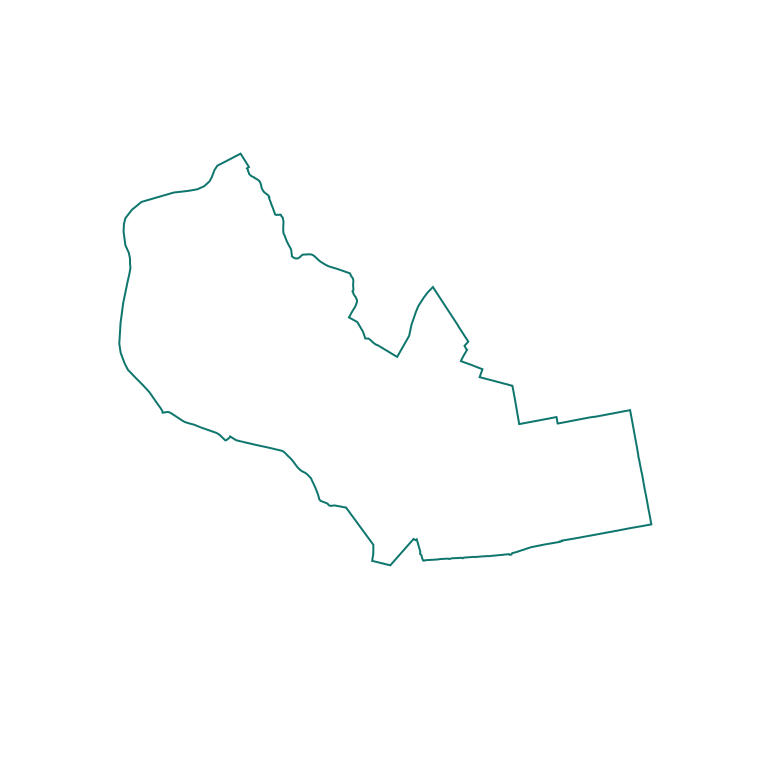 outline of Bordusani, Ialomita, Romania, rotated 199°
{"feature_id": "2599482B85450096511217", "entity_name": "Bordusani", "entity_type": "district", "adm_level": 2, "iso_a3": "ROU", "parent_name": "Romania", "parent_adm1": "Ialomita", "projection": "albers", "projection_center": [27.95, 44.468], "detail": "fine", "context": "isolated", "style": "outline", "palette": "teal", "viewbox_px": 768, "rotation_deg": 199, "n_neighbors": 0, "source": "geoboundaries", "source_scale": "gbopen_adm2", "svg_char_len": 6112}
<svg xmlns="http://www.w3.org/2000/svg" viewBox="0 0 768 768"><g transform="rotate(199 384 384)"><path d="M594.6,555.1L612.6,536.2L613.9,531.4L614.2,523.1L615.0,518.7L618.4,512.5L623.8,507.4L631.7,503.0L639.2,499.4L645.1,496.6L672.6,477.2L679.1,466.6L682.5,456.6L682.0,450.7L679.9,443.4L673.7,431.0L668.0,425.0L664.9,419.7L663.4,415.3L661.6,411.5L660.6,405.3L659.8,397.8L657.0,375.9L655.5,368.5L653.0,356.1L647.4,335.9L643.1,327.7L636.0,319.1L630.8,314.1L619.5,308.3L611.5,304.4L603.0,299.8L591.6,291.4L587.3,288.4L584.7,286.2L584.0,284.8L579.1,287.3L576.4,287.2L566.8,284.8L562.3,283.6L559.5,283.2L555.9,283.3L550.3,283.7L543.1,283.3L526.3,283.2L522.9,282.4L515.6,279.0L514.8,279.6L513.2,282.0L512.7,282.9L512.5,283.5L512.4,284.3L506.0,282.8L503.7,282.8L484.5,284.8L472.9,286.2L458.8,287.6L458.2,287.6L457.5,287.5L456.6,287.2L454.7,286.4L452.4,285.2L449.8,284.0L446.4,282.3L445.7,281.8L444.8,281.3L440.8,278.5L439.0,277.3L437.1,276.3L436.0,275.8L433.8,275.0L433.5,274.9L432.1,274.7L430.0,274.4L428.6,274.1L427.6,273.7L425.8,272.9L423.3,271.6L423.0,271.5L422.4,271.1L422.0,270.7L421.8,270.5L420.4,269.0L419.8,268.4L418.1,266.7L414.8,263.2L413.4,261.6L410.4,258.0L408.1,254.6L407.6,253.9L407.3,253.7L407.0,253.4L406.3,253.1L405.8,252.9L405.2,252.8L404.4,252.8L401.0,252.7L399.1,252.6L398.7,252.5L398.3,252.4L397.6,252.0L396.4,251.4L396.1,251.3L395.9,251.3L395.6,251.3L395.3,251.3L394.5,251.6L393.9,251.8L393.2,252.1L391.4,253.0L391.2,253.1L385.2,254.0L380.0,254.7L379.8,254.9L341.7,228.5L338.8,219.8L338.5,218.2L338.2,216.1L337.6,212.9L319.0,214.6L305.6,247.1L303.5,246.6L302.5,247.8L295.1,237.3L294.9,236.8L294.9,236.4L294.8,235.8L294.6,235.2L294.2,234.9L293.5,234.6L292.9,234.3L291.9,232.8L291.0,231.5L289.6,229.9L288.7,229.9L288.3,230.4L286.0,231.5L280.1,233.9L276.3,235.5L273.8,236.8L266.5,239.8L266.0,239.8L265.5,239.7L265.2,239.8L264.9,240.0L264.3,240.5L263.6,241.0L261.7,241.9L259.5,242.7L256.8,243.8L255.5,244.4L254.4,244.8L254.0,244.9L253.2,245.0L252.8,244.9L252.7,245.1L252.3,245.5L252.0,245.8L246.7,248.1L242.3,250.0L241.5,250.0L240.9,250.2L239.8,250.9L238.7,251.3L234.7,253.1L231.0,254.6L230.1,255.0L229.6,255.2L228.9,255.3L227.5,255.9L226.7,256.4L222.4,258.3L219.2,259.8L216.4,261.0L214.5,262.0L212.4,262.9L210.3,263.8L210.1,263.6L209.5,263.4L208.0,264.3L207.9,264.6L207.9,265.2L207.8,265.6L207.5,266.0L204.8,267.7L203.5,268.6L202.3,269.6L199.3,271.9L197.6,273.1L196.9,273.6L196.2,274.3L193.5,276.3L192.9,276.7L192.3,277.1L191.6,277.7L179.6,284.7L166.3,292.0L166.5,292.4L164.5,293.5L164.7,293.9L155.1,299.1L113.4,322.6L104.4,327.8L92.6,334.3L85.5,338.3L90.3,346.8L93.6,352.5L95.7,356.3L99.5,363.0L103.6,370.0L110.9,383.2L112.3,385.3L116.2,392.1L116.8,393.2L118.3,395.8L119.3,397.2L120.0,398.5L120.8,400.3L121.4,401.3L123.1,404.4L123.9,406.0L124.9,407.7L125.8,409.3L127.3,411.9L130.9,418.3L136.0,427.4L142.8,439.4L174.5,421.3L175.2,421.2L177.6,419.9L179.6,418.8L194.1,410.5L197.9,408.3L206.8,403.2L207.0,403.2L208.1,405.2L209.4,407.7L210.2,408.9L214.1,406.6L243.1,390.1L255.6,412.8L261.7,423.6L262.0,423.6L262.2,424.1L295.8,421.6L295.7,430.0L308.5,430.5L316.0,430.6L318.7,430.7L318.5,433.3L318.2,435.0L318.0,436.3L317.6,438.3L316.6,443.4L317.1,443.5L317.4,443.7L320.3,446.3L318.1,451.5L332.6,462.9L332.9,463.3L352.5,478.5L369.3,491.6L372.4,485.1L374.5,478.7L376.9,468.9L377.3,462.9L377.3,448.9L375.9,437.7L380.4,413.9L403.0,418.7L403.3,418.7L403.6,418.6L404.0,418.6L404.7,418.7L405.6,418.9L405.7,419.0L407.4,419.5L408.5,420.0L409.9,420.6L411.3,421.2L412.3,421.6L412.9,421.8L413.4,421.9L413.8,421.8L415.2,421.4L416.0,421.1L416.5,420.9L416.9,421.5L417.3,422.0L417.8,422.6L418.3,423.3L418.7,423.8L419.8,425.3L421.5,427.2L421.9,427.5L422.2,427.8L423.4,428.7L424.7,429.9L428.2,432.9L429.1,433.6L429.5,433.9L429.9,434.0L438.8,435.5L438.1,439.9L437.9,440.9L437.3,443.9L436.4,447.6L436.4,448.2L436.3,448.7L436.3,449.9L436.3,450.9L436.3,451.8L436.3,452.4L436.4,453.3L436.6,453.9L436.7,454.3L437.1,454.9L437.9,455.5L438.2,455.9L438.4,456.2L438.8,456.6L439.2,457.0L439.5,457.3L440.0,457.5L440.7,458.0L441.0,458.2L441.3,458.5L442.1,459.2L442.4,459.6L442.6,459.9L443.0,460.6L443.1,460.8L443.4,460.9L443.8,461.1L443.9,461.4L444.0,461.6L443.9,461.9L443.7,462.2L443.6,462.4L443.6,462.7L443.6,462.9L443.6,463.1L444.1,464.3L445.2,466.9L445.8,468.7L446.0,469.7L446.2,470.6L446.9,472.3L447.3,473.0L448.2,474.0L450.5,475.6L452.1,477.5L460.3,477.6L465.9,477.6L470.1,477.4L474.0,477.3L474.9,477.3L477.9,477.7L483.5,478.9L485.3,479.5L489.6,481.4L491.7,482.3L493.3,482.7L493.9,482.8L494.1,482.8L495.3,482.7L496.6,482.4L499.9,481.1L502.8,479.9L503.4,479.4L504.8,476.6L505.6,475.5L505.8,475.2L506.9,474.5L507.5,474.2L507.9,474.1L508.5,474.0L509.0,473.9L509.6,474.0L510.6,474.1L512.1,474.5L512.3,474.7L512.6,474.8L512.7,475.1L512.9,475.5L514.1,477.8L514.6,478.9L515.3,480.3L515.9,481.2L516.8,482.1L519.3,484.3L522.2,487.1L523.5,488.6L526.4,492.2L527.2,492.8L527.8,493.3L528.7,495.0L529.3,496.5L530.5,500.0L531.4,503.2L531.8,504.5L531.9,504.9L532.2,505.5L532.9,506.5L533.2,507.2L533.4,507.5L533.5,507.8L533.6,508.0L534.1,508.4L534.3,508.6L534.6,508.7L535.6,509.3L535.9,509.5L536.2,510.0L536.3,510.2L536.5,510.3L536.9,510.4L537.3,510.4L537.6,510.2L537.9,510.0L538.2,509.8L538.6,509.7L539.0,509.6L539.4,509.5L539.8,509.4L540.5,508.9L541.0,508.8L541.3,508.8L541.5,508.8L542.0,508.9L542.1,509.0L542.3,509.0L542.7,509.6L544.5,511.8L546.4,514.2L548.9,517.1L549.3,517.7L549.7,518.0L550.3,519.0L550.5,519.2L552.2,521.2L553.5,522.8L553.2,523.2L553.3,523.3L553.4,523.5L553.5,523.7L553.8,524.0L554.3,524.3L555.1,524.8L555.8,525.0L557.2,525.5L558.5,525.9L559.6,526.3L560.3,526.7L561.3,527.4L562.2,528.2L562.8,528.8L563.2,529.1L563.4,529.4L563.6,529.7L563.8,530.0L564.8,531.8L565.9,533.3L566.3,533.9L566.7,534.3L567.1,534.7L567.4,534.9L568.1,535.3L568.7,535.7L569.4,535.9L570.4,536.2L571.1,536.3L573.3,536.7L573.3,536.8L573.6,536.9L574.1,537.0L574.4,537.1L576.4,537.3L577.3,537.5L578.6,538.0L579.2,538.3L579.5,538.5L579.9,538.7L580.4,539.4L580.7,539.8L580.9,540.2L581.3,540.6L581.6,540.8L581.9,541.1L582.1,541.5L582.3,541.9L582.6,542.3L583.3,543.0L583.8,543.3L582.3,545.2L594.6,555.1Z" fill="none" stroke="#0f766e" stroke-width="2"/></g></svg>